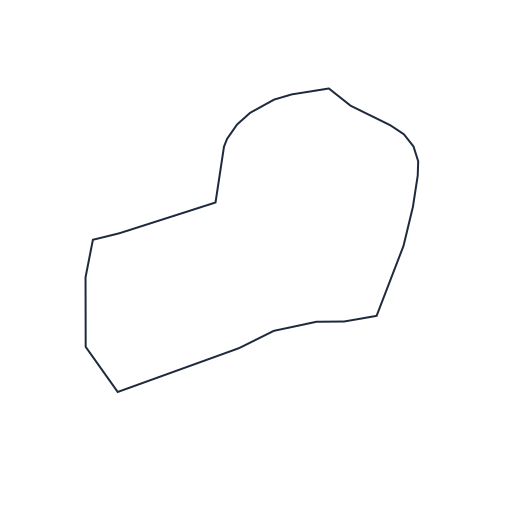 outline of Orhon, rotated 324°
{"feature_id": "MNG-3324", "entity_name": "Orhon", "entity_type": "Municipality", "adm_level": 1, "iso_a3": "MNG", "parent_name": "Mongolia", "parent_adm1": "", "projection": "albers", "projection_center": [104.363, 49.015], "detail": "fine", "context": "isolated", "style": "outline", "palette": "slate", "viewbox_px": 512, "rotation_deg": 324, "n_neighbors": 0, "source": "natural_earth", "source_scale": "10m", "svg_char_len": 488}
<svg xmlns="http://www.w3.org/2000/svg" viewBox="0 0 512 512"><g transform="rotate(324 256 256)"><path d="M413.4,163.3L420.9,190.1L441.5,229.2L447.2,244.5L447.8,260.0L442.9,274.7L434.1,286.0L411.8,308.5L381.3,334.5L318.4,375.3L288.8,360.8L266.2,344.7L226.4,327.0L188.3,320.6L64.2,284.7L64.8,229.4L105.6,173.0L133.6,147.0L158.6,157.2L254.7,188.9L294.4,148.7L301.5,144.2L317.9,138.5L335.4,136.7L362.6,140.1L380.0,146.3L413.4,163.3Z" fill="none" stroke="#1e293b" stroke-width="2"/></g></svg>